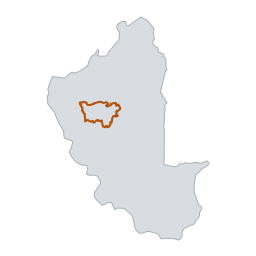 location of Sanmatenga, Sanmatenga, Burkina Faso, rotated 271°
{"feature_id": "67063806B54692073140068", "entity_name": "Sanmatenga", "entity_type": "district", "adm_level": 2, "iso_a3": "BFA", "parent_name": "Burkina Faso", "parent_adm1": "Sanmatenga", "projection": "mercator", "projection_center": [-1.024, 13.246], "detail": "fine", "context": "in_parent", "style": "outline", "palette": "amber", "viewbox_px": 256, "rotation_deg": 271, "n_neighbors": 0, "source": "geoboundaries", "source_scale": "gbopen_adm2", "svg_char_len": 7619}
<svg xmlns="http://www.w3.org/2000/svg" viewBox="0 0 256 256"><g transform="rotate(271 128 128)"><path d="M197.4,164.5L190.1,164.8L187.5,165.6L185.9,165.6L185.9,165.0L185.7,164.6L176.5,162.4L170.1,161.0L163.6,159.6L163.3,160.9L162.3,161.8L160.9,161.9L160.0,161.7L159.3,162.7L158.2,164.1L156.7,164.8L155.3,165.7L154.4,166.4L153.8,166.5L152.3,164.7L150.4,164.5L146.7,164.8L145.0,164.3L142.8,164.1L137.4,164.4L128.9,163.7L127.5,164.1L127.1,164.4L118.6,164.5L109.3,164.6L101.5,164.7L94.7,164.7L94.7,164.4L92.5,164.4L92.3,165.0L90.3,172.1L90.1,176.0L91.1,178.4L92.3,180.0L93.6,180.6L93.7,181.5L92.7,182.6L92.8,183.7L94.0,184.9L94.3,186.1L93.7,187.5L93.8,190.6L94.7,195.5L94.7,198.7L93.9,200.2L94.3,202.7L96.0,206.2L96.3,207.7L95.7,208.4L94.3,209.4L92.9,209.3L91.2,207.2L90.5,206.2L89.2,204.1L88.0,201.9L86.5,200.9L85.0,200.0L83.2,197.3L81.4,195.9L79.6,196.3L76.9,195.8L71.4,195.1L65.5,195.3L63.0,195.9L60.6,197.0L54.5,199.2L52.1,200.3L50.3,203.1L48.2,203.0L46.1,202.1L44.8,200.8L42.0,201.1L39.3,199.9L36.7,197.5L34.8,196.7L32.3,194.9L31.7,191.6L30.1,189.3L28.7,186.1L26.6,184.6L24.1,183.8L20.7,184.0L18.5,182.7L16.8,180.8L17.2,179.1L18.0,176.8L18.1,174.5L18.6,170.9L18.3,166.3L17.7,163.1L19.6,161.8L21.7,160.6L23.1,158.5L24.4,153.6L25.0,149.4L24.6,147.8L23.9,146.6L23.3,144.8L23.0,142.5L23.4,140.6L25.0,138.8L27.1,137.3L28.5,136.6L32.4,135.9L37.2,134.7L39.9,133.5L42.0,132.2L43.1,131.2L44.2,129.2L46.1,127.6L47.5,126.0L47.7,121.5L47.7,118.9L46.7,117.5L46.1,116.3L53.2,112.8L53.3,110.3L52.3,107.6L50.9,105.3L50.4,103.4L52.3,101.2L54.1,99.5L55.4,98.0L58.2,95.8L61.1,95.2L63.7,96.1L71.5,101.3L72.9,101.6L74.5,101.2L76.6,99.8L79.2,98.8L80.2,95.3L80.1,90.2L80.7,87.8L82.1,87.4L86.6,88.4L87.8,88.5L89.1,88.1L90.0,87.2L90.0,85.6L89.8,84.1L91.3,79.4L93.9,75.8L99.3,71.4L101.0,70.5L103.0,70.0L112.6,73.1L114.2,72.3L116.6,64.7L119.2,64.0L122.4,63.8L124.4,63.2L125.5,62.7L130.1,59.8L138.2,55.8L142.6,54.2L143.4,53.5L146.5,50.7L150.7,47.5L153.3,46.9L157.0,46.6L159.3,47.2L159.9,48.1L160.7,48.5L165.4,47.2L172.3,49.3L178.2,51.5L177.8,52.8L177.8,55.2L177.3,59.0L176.7,63.5L179.1,66.5L182.0,69.6L182.8,70.8L182.0,73.9L182.6,75.7L184.1,78.8L186.7,82.6L189.4,86.5L191.3,87.1L193.1,87.4L194.2,88.1L195.7,88.8L197.3,89.2L198.7,90.1L199.6,90.9L200.7,93.3L203.7,95.0L205.8,96.5L205.0,97.3L202.3,97.0L199.9,96.3L199.5,97.5L199.4,101.9L199.8,105.7L200.4,106.1L202.9,106.8L208.9,111.6L214.3,116.2L216.1,117.4L219.0,117.8L222.4,118.0L223.8,117.6L227.1,115.3L228.8,115.0L230.4,115.1L231.2,115.5L232.8,117.3L234.2,120.2L234.7,122.3L234.5,123.4L234.0,123.8L231.4,124.3L230.2,124.8L229.9,125.4L230.3,126.8L230.9,127.7L233.8,131.7L237.9,137.2L239.2,138.6L238.5,140.3L236.4,144.5L234.8,146.3L227.7,152.4L224.3,151.6L217.0,152.9L216.0,151.5L214.3,151.3L212.2,151.5L211.4,152.1L211.2,152.7L210.4,153.5L209.1,155.9L208.1,156.5L206.8,156.9L205.2,156.8L204.3,157.1L204.3,158.3L204.0,159.4L202.9,159.9L202.5,161.0L202.6,162.2L201.9,162.7L200.6,162.4L199.8,162.1L199.0,163.6L198.1,164.6L197.4,164.5Z" fill="#d9dde1" stroke="#a8b0b8" stroke-width="1"/><path d="M152.7,115.4L152.7,115.0L152.6,114.0L152.6,113.8L152.6,113.2L152.6,112.9L152.5,112.6L152.4,112.3L152.1,111.9L151.7,111.5L151.8,111.2L151.7,111.1L151.6,110.9L151.7,110.7L151.3,110.7L151.1,110.8L150.8,110.6L150.5,110.3L150.4,110.2L150.4,109.7L150.1,109.2L149.8,108.5L149.3,107.5L149.2,107.3L149.1,106.7L149.9,105.9L150.1,105.8L150.9,106.7L151.2,107.2L151.5,107.6L151.8,107.8L152.0,107.8L152.3,107.6L152.6,107.3L152.8,107.0L152.8,106.9L152.9,106.7L153.0,106.6L153.2,106.2L153.4,105.7L153.3,105.4L153.1,104.7L152.7,103.8L152.6,103.2L152.6,102.9L152.8,102.4L152.9,102.0L153.5,101.3L153.6,101.1L153.6,99.2L153.6,98.2L153.1,97.3L153.1,97.2L152.9,96.5L152.9,96.2L152.5,95.1L152.2,94.3L152.3,93.9L152.2,93.5L151.7,93.5L151.4,93.4L151.3,93.0L151.3,92.7L151.3,92.2L150.5,90.5L150.5,90.3L150.6,90.0L150.6,89.8L150.4,89.2L150.3,88.6L150.3,88.4L150.5,88.1L150.5,87.9L150.3,87.5L150.3,87.4L150.4,87.2L150.7,86.9L150.9,86.9L151.0,86.8L151.2,86.6L151.3,86.5L151.4,86.4L151.6,86.3L151.7,86.2L151.8,86.1L152.0,86.0L152.4,85.9L152.5,85.9L152.7,86.0L152.8,85.8L152.8,85.4L152.9,84.9L153.2,84.6L153.2,84.4L153.0,83.9L153.1,83.7L153.1,83.3L153.2,83.2L153.3,83.1L153.3,82.6L153.1,82.3L153.0,81.9L152.8,81.7L152.8,81.4L152.7,81.1L152.7,80.7L152.8,80.3L152.7,80.1L152.7,79.9L152.6,79.5L152.4,79.4L152.3,79.5L152.1,79.7L151.9,79.7L151.6,79.6L151.4,79.6L151.1,79.6L150.9,79.8L150.8,80.0L150.7,80.4L150.5,80.2L150.3,80.1L150.2,80.1L149.9,80.1L149.7,80.4L149.6,80.6L149.4,80.6L149.1,80.7L148.9,80.7L148.8,80.8L148.6,81.0L148.4,81.1L148.3,81.3L148.2,81.5L148.0,81.8L147.9,81.7L147.8,81.8L147.6,81.8L147.5,81.7L147.4,81.7L147.4,81.8L147.2,81.9L147.0,82.0L146.4,82.1L145.9,82.0L145.5,81.8L145.2,81.7L144.6,81.8L144.4,81.9L144.4,82.2L144.3,82.3L144.3,82.7L144.1,82.9L143.9,82.9L143.7,82.9L143.4,83.0L143.0,82.9L142.7,83.1L142.2,83.4L142.1,83.5L141.7,84.3L141.5,84.5L141.3,84.6L141.1,84.6L140.9,84.6L140.7,84.3L140.6,84.2L140.3,84.3L140.1,84.5L139.6,84.7L139.0,84.7L138.6,84.7L138.3,84.6L138.0,84.6L137.6,84.9L137.1,84.8L136.9,84.8L135.9,85.0L135.3,85.2L135.0,85.2L134.2,84.9L134.1,85.1L134.1,85.4L134.1,85.6L134.3,85.7L134.8,86.4L135.2,86.8L135.4,87.2L135.4,87.3L135.0,87.8L135.1,88.0L135.1,88.3L134.5,88.8L134.3,89.0L134.2,89.4L134.2,89.6L134.0,90.0L133.5,90.6L133.6,90.8L134.1,91.7L134.2,92.0L134.5,92.5L134.4,92.8L134.2,92.9L133.6,92.9L133.5,93.0L133.0,93.5L132.8,93.6L132.8,93.8L133.0,94.2L133.1,94.5L133.6,95.0L134.0,95.3L134.2,95.5L134.3,95.5L134.5,95.7L134.5,95.8L134.6,96.0L134.8,96.6L134.8,96.8L134.8,97.0L135.1,97.1L135.0,97.3L135.3,97.3L135.6,97.7L135.6,97.8L135.4,98.0L135.2,98.2L135.1,98.3L135.0,98.7L134.6,99.0L134.6,99.4L134.6,99.5L134.4,99.6L134.4,99.8L134.6,100.4L134.7,100.9L134.9,101.4L135.0,101.5L134.9,101.8L134.5,101.7L134.3,101.5L134.0,101.4L133.5,101.5L132.9,101.8L132.4,102.2L132.3,102.3L131.7,102.2L130.8,102.5L130.3,102.6L130.1,102.7L129.9,102.7L129.7,102.9L129.6,103.0L129.4,103.0L129.2,103.0L128.9,103.1L128.9,103.3L128.9,103.6L128.9,103.9L128.8,104.1L128.6,104.4L128.4,105.3L128.5,105.4L128.9,105.5L129.4,105.8L129.6,106.1L129.7,106.6L129.7,106.8L129.5,107.0L129.4,107.2L129.2,107.1L129.3,107.0L129.2,106.9L129.1,107.0L128.5,107.0L128.5,107.5L128.9,107.9L128.9,108.1L129.0,108.4L128.9,108.7L128.9,109.0L129.1,109.1L130.0,109.3L130.3,109.7L130.4,110.1L131.0,110.2L131.7,110.2L131.8,110.2L132.0,110.5L132.5,110.2L133.0,110.1L133.2,110.3L133.3,110.3L133.6,110.4L133.8,110.6L133.9,111.0L133.7,111.2L133.6,111.3L133.5,111.6L133.9,111.7L134.4,111.5L134.6,111.5L135.2,111.8L135.8,112.0L136.2,112.0L136.8,111.9L137.3,111.9L137.7,112.1L138.2,112.4L138.7,112.6L139.1,112.9L139.6,113.1L139.7,113.4L139.6,113.5L139.8,114.3L139.8,114.6L139.7,114.7L139.7,114.8L139.8,115.0L139.7,115.1L139.4,115.2L139.5,115.4L139.7,115.5L139.6,115.8L139.8,115.9L140.2,115.8L140.4,115.9L140.5,116.0L140.4,116.3L140.0,116.6L139.8,116.7L139.7,116.9L139.7,117.0L139.9,117.1L139.8,117.3L140.0,117.4L140.1,117.5L140.4,117.4L140.5,117.2L140.6,116.9L140.6,116.6L140.8,116.4L140.8,115.9L141.0,115.8L141.3,115.8L141.9,115.9L142.5,116.1L143.1,116.2L143.5,116.3L143.9,116.2L144.1,116.1L144.2,116.5L144.6,116.8L145.0,116.8L145.0,117.0L144.7,117.4L145.0,117.5L145.3,117.5L145.5,118.0L145.7,118.3L145.9,118.5L146.2,118.9L146.3,119.0L146.3,119.3L146.4,119.5L146.8,119.5L147.5,120.0L148.1,119.8L148.3,119.7L148.5,119.4L148.9,119.1L149.5,119.0L149.8,118.9L150.1,118.6L150.1,118.4L150.3,118.2L150.6,118.2L151.2,117.8L151.1,117.7L150.8,117.0L150.6,116.8L150.4,116.7L150.2,116.3L150.1,116.1L150.2,115.9L150.4,115.8L150.7,115.7L150.8,115.6L151.3,115.4L151.5,115.4L151.9,115.5L152.1,115.4L152.7,115.4Z" fill="none" stroke="#b45309" stroke-width="2"/></g></svg>